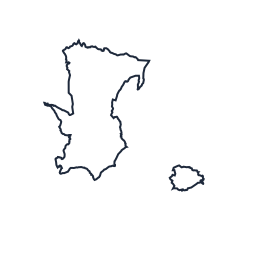 the district of Ayahualulco, Veracruz, Mexico, rotated 25°
{"feature_id": "50627088B50190092788877", "entity_name": "Ayahualulco", "entity_type": "district", "adm_level": 2, "iso_a3": "MEX", "parent_name": "Mexico", "parent_adm1": "Veracruz", "projection": "natural_earth1", "projection_center": [-97.172, 19.399], "detail": "fine", "context": "isolated", "style": "outline", "palette": "slate", "viewbox_px": 256, "rotation_deg": 25, "n_neighbors": 0, "source": "geoboundaries", "source_scale": "gbopen_adm2", "svg_char_len": 5753}
<svg xmlns="http://www.w3.org/2000/svg" viewBox="0 0 256 256"><g transform="rotate(25 128 128)"><path d="M119.7,189.2L120.9,187.9L122.1,185.4L122.6,184.8L122.6,183.9L122.8,183.2L122.3,180.1L122.6,179.0L123.3,177.9L124.1,175.6L124.4,175.5L125.3,174.5L127.0,171.2L128.0,170.3L128.8,169.9L129.9,168.7L131.2,168.5L132.1,168.1L132.2,167.7L131.9,167.1L131.3,167.4L129.9,164.0L130.0,163.9L130.2,160.4L130.2,155.8L131.6,151.7L131.6,150.9L131.8,150.7L131.9,150.2L133.4,147.8L133.9,146.4L134.8,145.7L133.5,145.3L133.0,144.8L132.5,143.3L132.1,143.3L131.7,142.8L131.6,142.4L131.0,141.9L129.8,141.1L128.4,140.8L126.6,140.1L126.1,139.4L125.3,138.9L125.5,138.4L125.1,138.1L124.9,138.3L124.6,137.6L124.6,137.2L125.0,136.9L124.9,136.4L124.0,136.2L124.2,135.8L124.1,135.0L122.9,133.4L122.0,132.8L121.7,132.1L120.3,130.5L120.4,129.9L119.9,127.7L118.7,126.3L118.7,125.9L118.2,125.4L117.5,125.3L116.0,124.2L114.8,123.8L114.6,123.4L113.3,122.5L112.9,122.6L111.7,123.6L111.2,123.8L110.8,125.1L107.2,123.5L107.1,121.7L107.3,120.6L107.1,120.2L106.1,119.5L106.1,119.0L106.4,117.8L106.3,116.8L105.5,116.0L105.1,115.8L104.3,115.2L103.8,113.4L102.8,111.6L102.2,108.6L105.1,108.2L104.5,103.6L104.1,102.2L104.1,101.4L104.2,98.5L104.4,97.5L104.8,96.7L105.0,95.3L104.9,93.4L105.4,90.8L105.4,88.0L105.8,87.3L105.8,86.7L106.5,86.4L107.5,86.5L108.0,85.9L108.2,85.4L108.1,83.9L108.8,81.3L112.7,77.5L115.8,76.0L117.0,77.9L117.3,78.7L117.4,80.0L117.8,80.9L118.3,81.2L118.5,82.4L118.6,84.5L120.5,88.2L120.1,89.5L121.2,88.3L121.6,85.8L122.5,83.7L122.3,82.8L122.4,81.8L122.8,80.9L122.0,77.6L121.4,76.8L120.9,76.6L118.8,71.7L117.6,66.5L118.8,59.6L118.8,58.1L108.5,62.2L107.7,61.5L105.1,60.6L104.6,60.7L103.9,61.2L102.8,61.0L101.6,61.3L100.4,61.8L99.2,62.0L95.0,61.1L94.2,61.6L93.0,63.3L92.3,63.4L92.0,63.7L90.3,64.5L88.0,66.5L87.4,66.7L85.9,66.4L83.5,66.8L83.2,66.7L81.4,66.7L81.0,67.0L79.6,66.8L79.1,66.3L76.4,65.1L74.7,64.9L72.8,65.8L72.8,66.7L73.1,67.1L73.1,67.8L73.3,68.1L73.1,68.4L72.7,68.3L72.4,68.9L71.3,69.0L70.7,68.3L69.9,68.3L68.2,69.0L67.3,69.1L65.1,68.5L64.1,68.0L63.8,68.2L63.6,68.6L61.9,69.2L61.0,69.1L59.6,70.2L59.4,70.5L59.6,70.8L59.1,71.1L58.8,71.2L57.8,72.0L57.6,71.7L56.4,72.4L55.1,72.3L54.2,71.0L52.6,69.9L52.0,69.8L51.5,70.4L51.6,71.8L51.5,73.2L50.6,73.0L49.8,72.3L49.2,72.0L48.9,71.5L47.7,71.1L47.1,70.5L46.9,69.7L46.5,69.4L46.5,70.0L46.2,70.1L46.1,70.6L46.5,71.6L46.3,71.9L46.5,72.7L46.2,73.0L45.8,74.0L44.8,74.2L44.5,73.9L43.5,73.8L43.0,74.7L43.0,76.5L42.6,77.3L41.1,78.7L41.0,79.9L40.1,80.9L38.5,80.6L38.0,81.1L38.0,82.4L37.7,83.3L37.0,84.1L36.9,84.6L36.3,85.3L36.4,85.7L38.6,87.2L39.7,87.7L41.3,89.0L41.9,89.7L42.5,90.9L42.7,91.9L43.3,92.2L43.8,92.9L43.8,93.4L44.3,94.0L44.3,94.7L45.6,94.2L46.4,93.5L47.4,93.7L47.4,94.3L46.5,94.9L46.4,95.2L46.3,96.0L45.9,96.8L46.1,97.4L46.4,97.6L46.6,98.3L47.6,98.9L47.9,100.4L50.7,101.2L50.9,102.3L53.1,104.6L54.2,109.6L54.7,111.2L59.4,121.2L63.2,122.6L67.9,129.6L68.5,132.4L72.2,138.0L70.3,140.5L69.6,140.9L68.5,140.4L67.3,139.3L62.3,139.1L60.9,139.6L60.0,139.3L55.2,139.1L52.2,138.6L51.5,139.3L50.3,138.9L48.5,139.5L47.0,140.6L46.6,140.7L46.3,140.3L45.2,140.3L44.8,139.9L44.4,140.3L42.9,140.7L42.1,140.7L41.9,140.4L41.6,140.5L43.1,142.0L46.0,141.7L46.8,141.2L48.2,141.0L49.5,141.1L50.9,142.2L53.9,143.5L55.1,144.6L57.1,145.7L58.1,146.8L61.2,149.1L62.3,149.4L63.5,149.4L64.8,150.5L65.1,151.6L65.5,154.5L65.4,155.2L65.1,156.0L67.5,157.6L67.9,158.2L67.8,158.7L68.8,159.3L69.9,160.5L71.4,160.9L72.2,160.6L73.2,160.7L73.9,161.0L76.4,160.2L77.6,159.2L78.9,158.6L79.0,159.4L78.5,159.7L78.6,160.5L78.3,161.2L78.8,161.6L79.4,161.4L80.2,162.1L80.4,162.5L79.9,163.3L80.0,163.9L80.6,164.8L80.5,165.4L80.9,165.7L81.2,166.7L80.7,168.1L80.1,168.2L79.6,168.7L79.2,169.8L79.0,170.8L79.6,172.7L79.2,173.9L79.0,175.4L79.4,176.1L81.6,178.4L82.5,180.5L82.6,181.6L82.2,182.3L82.1,183.2L81.3,184.1L80.9,184.1L80.1,183.2L79.1,183.3L78.2,183.7L77.8,183.5L76.7,183.9L76.8,184.4L76.2,185.2L75.9,186.0L75.6,186.0L75.4,186.8L77.2,189.2L78.7,191.7L80.4,193.2L80.9,193.5L81.0,192.8L81.5,192.0L81.7,191.6L82.0,191.9L82.4,190.8L82.9,191.0L83.1,190.9L83.4,191.4L83.8,191.2L85.1,192.3L84.7,193.1L84.8,193.9L84.7,195.4L84.8,195.5L84.7,196.0L84.9,196.5L84.9,197.1L85.5,197.8L86.3,197.9L86.9,197.5L87.9,196.4L89.2,195.9L92.1,192.8L92.1,191.9L92.4,190.8L92.4,189.5L93.1,188.3L95.9,187.1L97.3,186.0L97.8,185.5L98.7,185.3L100.1,184.2L101.1,183.8L101.9,183.2L104.8,182.7L105.4,182.3L106.1,182.6L107.7,182.3L108.5,182.5L109.9,183.3L111.4,183.5L112.0,184.1L112.2,184.7L114.1,185.1L114.3,185.3L114.4,185.9L115.1,185.7L115.6,186.0L116.2,186.1L117.0,186.9L117.1,187.3L118.6,188.7L119.7,189.2ZM207.8,159.0L207.7,157.4L210.5,155.2L213.7,149.8L214.5,148.1L215.5,147.7L216.4,146.6L217.8,146.6L218.2,146.4L219.3,146.9L219.7,146.8L219.6,146.4L217.9,145.1L217.0,145.7L216.7,145.7L216.0,145.1L216.0,144.8L216.8,144.2L217.4,143.4L218.1,143.4L218.3,142.9L218.1,142.1L217.0,141.6L216.6,141.0L216.4,140.2L216.0,139.8L215.7,139.7L215.1,140.4L213.0,140.5L212.0,140.9L211.6,140.8L211.1,140.3L210.9,139.5L210.4,138.7L210.5,138.3L209.8,138.6L209.4,138.3L209.1,137.9L208.3,137.4L207.2,137.9L205.7,138.4L205.2,138.8L204.1,138.9L202.8,137.6L201.5,137.9L201.2,137.9L201.0,137.5L199.9,137.5L199.5,138.0L198.9,138.0L197.9,138.7L194.7,139.6L194.2,140.3L193.8,140.4L193.1,141.0L190.2,140.3L189.1,141.3L186.2,144.7L186.5,147.3L187.8,146.6L190.2,149.5L190.4,151.2L189.9,151.2L188.6,151.8L188.3,151.6L188.1,151.9L188.2,152.6L188.1,153.2L186.9,155.5L187.9,156.4L188.6,156.7L190.4,156.9L190.6,157.0L190.5,158.4L190.6,158.7L190.8,158.6L191.3,159.3L192.3,159.5L194.5,160.8L194.4,163.8L194.8,163.3L198.1,162.0L199.4,162.6L200.9,162.6L203.0,160.9L203.1,161.9L203.3,162.0L203.7,161.7L203.9,160.6L205.3,160.7L206.1,160.3L206.5,159.7L207.1,159.6L207.8,159.0Z" fill="none" stroke="#1e293b" stroke-width="2"/></g></svg>